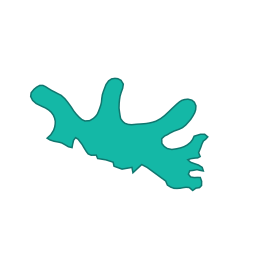 Alto Bela Vista, Santa Catarina, Brazil, rotated 137°
{"feature_id": "56859067B70732496229175", "entity_name": "Alto Bela Vista", "entity_type": "district", "adm_level": 2, "iso_a3": "BRA", "parent_name": "Brazil", "parent_adm1": "Santa Catarina", "projection": "albers", "projection_center": [-51.932, -27.427], "detail": "fine", "context": "isolated", "style": "filled", "palette": "teal", "viewbox_px": 256, "rotation_deg": 137, "n_neighbors": 0, "source": "geoboundaries", "source_scale": "gbopen_adm2", "svg_char_len": 2245}
<svg xmlns="http://www.w3.org/2000/svg" viewBox="0 0 256 256"><g transform="rotate(137 128 128)"><path d="M123.3,38.2L119.4,37.7L116.3,35.6L113.4,35.8L110.5,38.8L108.9,42.5L110.9,44.5L113.3,46.5L115.6,49.4L115.3,53.1L112.0,54.6L109.3,52.6L105.9,50.5L104.3,48.0L102.2,45.2L100.6,48.6L101.7,52.9L103.7,56.6L105.6,60.3L105.9,64.0L103.1,62.8L99.5,60.3L97.4,58.6L94.7,57.9L93.2,61.8L88.4,64.0L84.6,66.0L81.7,67.1L79.0,66.8L75.7,67.1L76.2,71.1L79.3,74.0L85.2,76.9L88.7,75.5L92.1,74.9L96.2,75.2L99.7,76.1L102.9,77.5L106.7,79.7L110.6,82.4L113.3,86.2L114.1,89.8L113.8,93.6L110.6,97.2L106.7,97.2L103.5,96.2L100.9,95.7L96.5,94.4L91.4,92.2L87.9,91.1L83.7,90.8L79.4,91.2L76.4,91.5L72.1,92.6L68.8,93.7L66.1,95.2L63.2,97.9L61.9,101.6L62.3,104.8L64.5,108.2L67.3,110.3L69.8,111.5L72.5,112.0L75.9,112.2L80.0,112.2L82.9,112.2L86.6,112.1L92.8,112.1L97.7,112.6L102.8,113.9L106.0,115.4L109.0,117.1L111.7,118.9L114.9,121.4L118.9,124.7L123.2,128.0L125.5,130.6L127.1,133.6L127.4,136.5L127.0,139.9L125.1,142.9L123.3,145.5L121.0,148.7L117.6,152.1L114.9,154.5L112.1,156.7L108.9,158.6L104.8,160.7L101.5,163.3L100.6,167.6L101.8,171.0L103.7,173.2L106.5,175.1L110.1,175.7L114.4,174.8L117.7,173.2L120.9,171.6L124.1,169.8L127.0,167.5L129.8,165.0L132.0,163.5L134.9,161.9L138.3,160.2L141.2,159.0L143.9,158.6L146.8,158.6L151.0,159.5L154.7,162.5L156.0,165.6L156.4,169.4L156.4,173.6L156.1,177.5L155.3,181.7L154.9,184.7L154.5,188.2L154.2,192.4L154.6,197.4L156.0,201.2L157.1,204.4L158.3,207.6L159.3,211.2L160.1,214.4L161.2,217.2L163.5,219.3L167.0,220.2L170.3,220.4L174.8,219.8L177.7,217.4L178.9,213.3L178.5,208.6L177.2,205.1L175.9,201.8L174.7,199.0L173.7,195.2L173.4,191.8L173.8,188.4L174.9,185.4L176.6,182.5L178.5,180.6L180.8,178.8L183.9,177.1L189.1,175.7L194.1,175.7L193.2,172.5L191.1,168.7L188.0,164.5L186.6,162.2L185.4,158.5L184.4,155.0L182.3,151.8L179.8,153.7L176.1,156.2L172.9,156.7L172.1,153.7L172.5,150.3L172.8,147.2L173.6,143.8L174.5,139.3L174.8,136.2L173.5,133.2L169.7,129.8L171.0,126.4L165.9,119.8L163.6,115.7L162.2,113.1L164.3,109.6L160.4,102.0L152.0,96.5L154.9,91.9L150.4,91.9L142.9,91.9L140.9,86.2L136.6,63.5L138.1,59.4L137.1,55.7L135.5,52.5L133.4,50.4L130.8,48.3L128.4,46.8L126.0,45.1L123.8,42.7L123.3,38.2Z" fill="#14b8a6" stroke="#0f766e" stroke-width="1.5"/></g></svg>